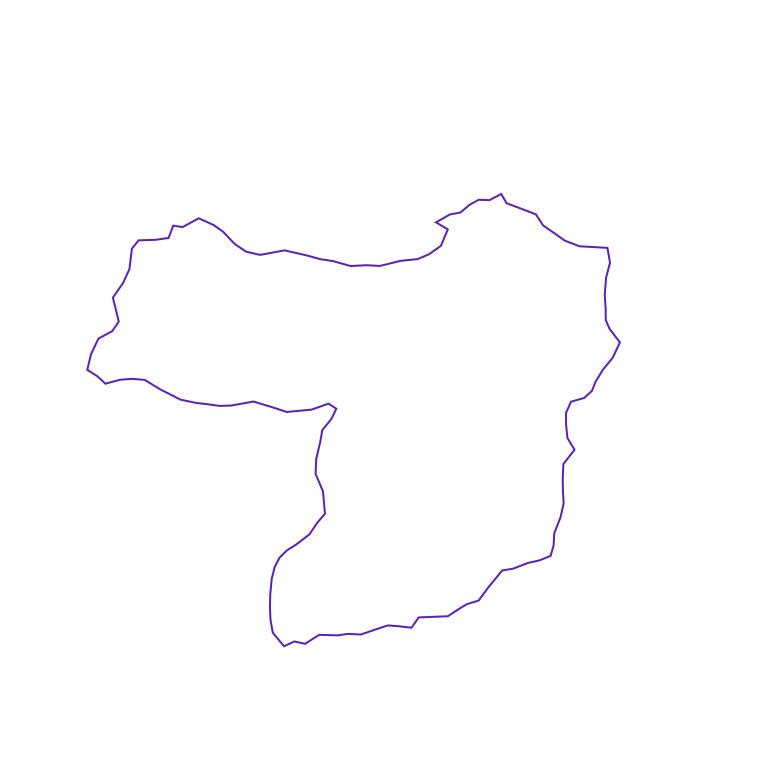 Paranapuã, São Paulo, Brazil, rotated 244°
{"feature_id": "56859067B54514315232654", "entity_name": "Paranapuã", "entity_type": "district", "adm_level": 2, "iso_a3": "BRA", "parent_name": "Brazil", "parent_adm1": "São Paulo", "projection": "orthographic", "projection_center": [-50.592, -20.064], "detail": "fine", "context": "isolated", "style": "outline", "palette": "violet", "viewbox_px": 768, "rotation_deg": 244, "n_neighbors": 0, "source": "geoboundaries", "source_scale": "gbopen_adm2", "svg_char_len": 1762}
<svg xmlns="http://www.w3.org/2000/svg" viewBox="0 0 768 768"><g transform="rotate(244 384 384)"><path d="M614.2,290.0L613.3,271.9L618.7,264.0L609.7,254.4L613.7,242.0L620.7,226.4L616.2,216.8L598.8,205.5L589.2,193.8L580.5,178.2L556.4,173.0L550.7,163.1L550.0,147.3L539.2,133.7L526.8,123.5L516.2,130.0L506.4,133.7L503.5,148.7L499.0,160.0L492.5,170.8L477.4,180.4L459.2,194.2L449.6,206.5L443.7,215.7L436.2,227.0L431.7,237.0L425.4,259.1L410.0,275.6L401.5,284.3L396.2,298.5L392.7,307.7L390.7,325.5L382.7,330.3L375.6,321.3L369.6,308.3L359.2,300.8L346.4,290.2L333.1,283.1L314.3,282.1L293.3,274.1L288.6,263.3L281.5,251.0L278.2,234.5L277.0,223.6L273.7,214.0L267.4,205.5L258.0,197.6L244.5,189.4L233.3,183.6L222.3,178.8L209.2,175.0L192.1,179.2L191.9,190.5L185.1,199.2L187.0,215.7L178.4,232.2L175.1,242.4L169.0,253.3L166.9,270.2L165.3,281.7L160.0,290.7L152.9,301.9L159.0,312.8L153.9,324.5L147.3,339.5L148.9,352.2L149.8,362.0L147.9,374.1L155.5,388.7L160.4,399.4L164.6,408.5L161.4,419.2L160.1,434.8L157.3,446.5L156.5,458.4L164.6,465.7L175.2,471.6L186.7,484.1L197.7,493.0L209.7,498.1L219.9,502.8L233.4,510.1L241.4,526.4L255.1,525.2L268.1,530.0L278.3,535.0L286.1,544.4L283.7,557.9L286.7,567.9L293.2,575.0L300.8,586.9L307.5,601.3L318.0,614.3L334.5,610.9L344.1,611.3L354.7,616.3L367.6,621.6L382.3,630.3L393.9,640.3L408.4,644.5L422.1,620.1L433.6,609.3L445.6,602.8L456.8,596.5L469.9,594.9L482.4,583.2L492.8,573.4L503.4,572.7L503.0,559.4L508.1,549.8L507.5,539.2L504.6,527.9L507.5,517.7L506.5,501.6L495.0,509.1L483.2,495.7L480.9,481.3L481.5,469.0L487.4,453.0L491.9,432.1L498.5,420.2L504.6,405.8L517.0,391.8L524.0,381.6L530.7,374.1L536.8,366.8L547.7,353.2L554.4,329.2L563.4,318.0L575.6,311.1L591.5,306.1L601.7,300.5L614.2,290.0Z" fill="none" stroke="#5b21b6" stroke-width="2"/></g></svg>